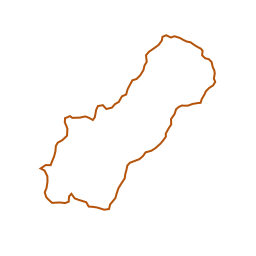 the district of Roseira, São Paulo, Brazil, rotated 229°
{"feature_id": "56859067B73813255316006", "entity_name": "Roseira", "entity_type": "district", "adm_level": 2, "iso_a3": "BRA", "parent_name": "Brazil", "parent_adm1": "São Paulo", "projection": "robinson", "projection_center": [-45.302, -22.932], "detail": "fine", "context": "isolated", "style": "outline", "palette": "amber", "viewbox_px": 256, "rotation_deg": 229, "n_neighbors": 0, "source": "geoboundaries", "source_scale": "gbopen_adm2", "svg_char_len": 1601}
<svg xmlns="http://www.w3.org/2000/svg" viewBox="0 0 256 256"><g transform="rotate(229 128 128)"><path d="M154.8,35.5L150.6,37.1L144.5,35.5L140.5,32.2L138.3,29.7L136.2,27.2L134.1,23.0L129.7,21.0L126.4,21.0L121.3,21.6L116.6,27.6L112.6,31.3L111.3,34.9L115.0,38.6L115.5,42.1L109.8,41.6L106.5,43.4L99.4,47.8L94.5,46.8L91.5,49.8L88.3,52.5L85.3,54.4L82.0,56.4L79.3,60.5L82.0,64.3L82.7,68.4L83.4,72.6L85.6,75.8L88.8,81.2L90.4,86.3L92.1,92.4L95.2,96.0L97.0,98.8L100.1,102.9L100.5,106.7L98.4,112.4L97.0,116.1L97.0,121.0L98.1,125.3L95.5,130.7L94.8,135.6L94.9,142.1L95.5,146.0L96.6,150.9L98.9,152.7L100.9,157.9L102.3,162.9L106.5,166.3L108.0,172.3L110.6,176.6L110.6,180.2L109.6,183.4L107.5,185.6L105.5,188.0L103.8,192.5L101.2,196.8L99.4,199.3L101.5,202.7L103.1,207.7L104.6,210.7L105.0,215.4L104.3,220.2L105.6,224.1L108.9,225.2L112.3,229.3L114.9,230.9L118.5,232.0L123.0,234.4L127.0,234.1L130.0,232.0L134.2,231.6L137.4,235.0L140.2,235.0L143.1,233.8L147.2,232.5L151.7,231.4L154.8,229.0L158.3,227.5L162.0,226.2L166.7,223.3L168.2,219.7L172.9,217.7L174.2,213.9L171.8,210.8L170.6,205.7L170.9,201.8L171.8,193.8L171.1,189.3L165.7,185.6L164.3,181.4L161.6,177.7L159.7,171.6L159.4,166.5L161.1,162.7L159.4,157.9L157.5,153.1L154.5,148.6L155.9,144.2L153.7,138.1L154.6,133.8L153.9,129.2L156.6,124.1L161.7,124.0L164.3,119.7L162.5,115.8L157.9,110.0L157.1,106.7L161.4,105.2L164.7,103.4L167.4,98.5L172.2,92.6L175.0,92.0L176.7,86.9L173.7,84.0L169.9,82.8L167.1,81.7L162.2,76.9L161.9,70.5L163.0,65.3L161.8,61.8L157.9,57.8L154.8,53.2L152.7,48.9L150.7,45.2L154.0,41.6L154.8,35.5Z" fill="none" stroke="#b45309" stroke-width="2"/></g></svg>